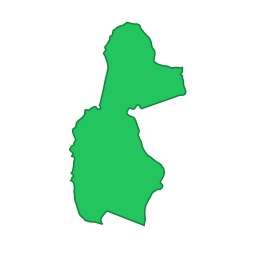 outline of Magdalena, Intibucá, Honduras, rotated 199°
{"feature_id": "27666195B97095820119427", "entity_name": "Magdalena", "entity_type": "district", "adm_level": 2, "iso_a3": "HND", "parent_name": "Honduras", "parent_adm1": "Intibucá", "projection": "mercator", "projection_center": [-88.37, 13.92], "detail": "fine", "context": "isolated", "style": "filled", "palette": "green", "viewbox_px": 256, "rotation_deg": 199, "n_neighbors": 0, "source": "geoboundaries", "source_scale": "gbopen_adm2", "svg_char_len": 5826}
<svg xmlns="http://www.w3.org/2000/svg" viewBox="0 0 256 256"><g transform="rotate(199 128 128)"><path d="M81.0,41.2L81.2,42.1L81.4,42.7L81.5,44.3L81.8,45.9L81.9,47.0L82.8,49.4L83.0,49.5L83.6,50.7L84.8,53.8L85.3,55.8L85.7,57.5L85.9,58.8L86.0,60.1L85.8,62.0L85.6,64.2L85.0,67.9L84.6,69.4L84.1,73.5L83.9,74.0L83.7,74.8L83.5,75.2L83.1,75.7L82.9,76.1L82.3,76.6L81.6,78.0L81.2,78.5L80.9,78.8L80.4,79.2L80.0,79.5L77.6,80.5L76.5,82.3L76.3,83.0L76.2,83.6L76.3,84.1L76.5,84.7L76.9,85.3L77.2,85.6L77.7,85.9L78.2,86.2L78.9,86.4L79.2,86.5L79.6,86.9L79.8,87.5L79.8,88.3L79.1,92.2L78.9,95.0L78.8,96.3L78.9,96.8L79.0,97.4L79.2,98.1L79.5,98.5L80.1,99.3L80.8,100.7L81.2,101.3L81.4,101.5L83.3,102.7L84.6,103.9L85.5,104.2L87.1,104.7L89.5,105.2L91.5,105.7L96.9,107.7L97.7,107.9L99.3,108.3L100.3,108.6L101.0,108.9L104.4,111.1L104.9,111.6L107.2,113.6L108.0,114.4L108.9,115.8L110.4,118.3L111.2,119.5L112.0,120.3L112.9,121.0L113.4,121.4L115.8,124.3L116.1,124.8L116.3,125.5L116.3,125.9L116.2,126.9L116.3,127.7L116.4,128.6L116.5,129.0L116.9,129.6L117.3,130.0L118.3,131.1L119.3,132.6L120.0,133.5L121.5,135.4L122.5,136.7L123.7,137.9L124.8,139.1L125.1,139.2L125.5,139.5L126.2,139.7L126.9,139.8L127.7,139.9L129.3,139.9L130.9,140.1L131.8,140.3L132.5,140.6L133.3,141.2L133.9,141.8L134.2,142.4L134.3,143.1L134.3,143.6L134.1,144.1L133.9,144.6L133.8,146.1L133.6,146.4L133.5,146.7L132.9,147.2L132.6,147.4L132.3,147.5L131.5,147.5L130.3,147.4L129.8,147.4L129.2,147.5L128.8,147.6L128.6,147.8L128.2,148.2L128.0,148.7L127.3,151.4L127.0,152.2L126.7,152.6L126.3,152.9L126.0,153.2L125.6,153.3L125.3,153.3L125.0,153.2L124.5,152.9L124.2,152.6L123.9,152.1L123.3,151.6L122.5,151.1L121.5,150.7L89.5,176.1L88.4,176.4L87.0,176.9L86.5,177.2L86.0,177.6L85.6,177.9L85.4,178.3L85.2,178.7L85.0,179.1L85.0,179.6L85.0,180.1L85.2,180.8L85.3,181.2L85.7,181.9L86.2,182.7L86.7,183.3L87.5,184.2L88.3,185.3L88.9,186.0L89.3,186.6L89.7,187.4L90.1,188.2L90.8,190.3L91.0,190.8L91.3,191.2L91.6,191.6L91.8,191.8L92.2,192.0L92.4,192.2L92.8,193.2L93.3,194.5L93.6,195.1L93.8,195.3L94.1,195.4L94.9,195.4L95.6,195.6L95.8,195.7L95.9,195.9L95.7,196.6L95.0,198.2L95.0,198.9L95.0,199.3L95.5,200.9L95.8,201.8L96.3,202.9L97.2,202.3L98.5,201.8L100.4,201.3L101.0,201.2L101.8,201.1L102.4,200.9L103.6,200.3L104.7,199.6L107.0,198.8L109.4,199.2L110.4,199.2L111.7,199.1L113.2,198.7L114.4,198.5L116.7,198.2L118.6,198.1L120.6,198.2L121.7,198.3L122.8,198.6L124.2,199.0L124.7,199.2L125.0,199.4L125.3,199.8L125.5,200.3L125.7,200.8L126.1,203.9L126.4,205.7L126.7,206.7L127.0,207.5L127.7,209.0L128.1,209.7L128.4,210.1L128.9,210.5L129.2,210.8L129.9,211.0L130.2,211.2L130.9,211.8L131.4,212.3L132.5,213.7L134.0,216.5L135.9,218.8L136.7,219.6L137.6,220.2L138.9,220.9L141.4,222.1L144.0,223.5L145.3,224.4L146.9,225.3L147.5,225.7L148.3,226.3L148.6,226.5L150.1,228.7L150.3,228.8L151.7,229.2L153.0,229.3L153.7,229.2L154.6,228.8L155.3,228.5L157.7,228.0L159.6,227.8L162.3,227.8L162.5,227.7L163.7,227.1L163.9,226.6L166.3,223.3L167.7,222.4L168.8,221.6L169.7,220.8L170.7,219.8L171.4,218.9L171.6,218.6L171.8,218.1L171.9,217.8L172.5,216.9L173.3,216.0L173.6,215.5L173.7,215.2L173.7,214.7L173.6,214.3L173.5,213.5L173.3,212.4L173.3,211.6L173.3,210.6L173.5,210.2L173.7,209.7L174.3,209.3L174.8,208.6L174.2,206.1L174.1,205.4L174.3,204.6L174.2,204.1L174.8,202.5L175.0,200.7L175.2,199.9L175.3,199.4L175.7,198.7L176.0,198.2L176.1,197.6L176.1,197.1L176.1,196.7L175.8,196.2L175.6,196.0L175.0,195.6L174.6,195.2L174.5,194.8L174.7,193.1L175.1,192.5L175.2,192.0L175.3,191.5L175.3,190.4L173.3,188.8L172.2,187.5L170.8,185.5L169.2,183.8L168.2,182.1L166.6,179.1L166.3,177.7L166.0,175.2L165.6,172.5L165.4,169.3L165.1,166.2L164.1,159.1L163.4,153.4L162.2,141.7L162.4,141.5L162.5,141.3L162.5,140.8L162.4,140.5L162.4,140.3L160.4,138.3L160.3,138.1L160.2,137.8L160.3,137.6L160.4,137.4L160.9,137.1L161.1,136.9L161.3,136.6L161.3,136.3L161.5,136.1L161.7,135.9L162.2,135.8L162.7,135.9L163.3,136.1L163.7,136.3L164.5,137.0L165.1,137.4L165.6,137.7L165.9,137.6L167.0,136.9L167.7,136.4L167.9,136.2L169.3,134.5L169.6,134.1L170.0,133.1L170.3,132.7L170.6,132.4L170.9,132.2L171.4,132.0L173.7,131.5L174.1,131.3L174.3,131.2L174.3,130.9L174.3,130.4L174.0,129.2L173.6,127.6L173.5,127.1L173.5,126.3L173.6,125.4L173.8,124.8L175.6,121.4L177.2,119.0L177.6,118.2L177.9,117.6L178.2,116.5L178.3,115.7L177.8,112.7L177.8,112.2L177.8,111.7L178.0,111.3L178.2,110.9L178.5,110.6L178.9,110.2L179.4,109.6L179.7,108.9L179.8,108.3L179.7,107.8L179.4,107.2L179.1,106.6L178.3,105.4L177.3,104.1L174.7,101.2L173.9,100.3L173.7,100.0L173.6,99.5L173.7,99.1L173.7,98.7L174.1,97.7L174.2,96.1L174.2,95.6L174.1,95.4L173.8,95.0L173.8,94.6L173.9,94.3L174.2,93.8L174.5,93.5L175.2,92.8L175.6,92.0L175.7,91.5L175.8,90.2L176.1,89.3L176.1,88.9L176.0,88.6L175.4,88.1L172.1,86.3L171.5,85.9L171.3,85.7L171.3,85.2L171.4,84.7L171.6,84.4L172.0,83.9L172.1,83.6L172.1,83.2L171.9,82.8L171.7,82.8L171.3,82.8L169.9,83.2L169.7,83.2L169.1,82.7L168.8,82.4L168.7,82.1L168.2,80.3L168.2,78.6L168.1,77.8L167.7,76.4L167.3,75.2L167.1,74.1L166.7,72.4L166.4,69.9L166.3,68.9L166.6,68.0L166.9,67.3L167.0,67.0L166.9,66.8L166.8,66.6L166.6,66.5L165.7,66.2L164.4,65.4L163.9,65.0L163.7,64.7L163.8,64.2L164.8,63.1L164.7,62.1L164.5,61.5L164.5,61.3L165.1,59.6L164.4,59.6L163.4,59.5L162.9,59.3L162.3,58.9L161.7,58.6L161.4,58.3L160.8,57.2L160.1,56.3L160.0,56.0L159.9,55.5L159.4,54.7L159.0,53.8L158.7,52.5L158.4,50.7L158.2,50.1L157.8,49.2L157.1,48.2L156.8,47.6L155.6,44.4L155.0,43.1L154.5,42.3L153.9,41.4L151.4,38.4L150.8,37.4L149.3,35.2L148.1,33.8L147.2,32.3L146.9,32.0L146.4,31.6L145.8,30.7L145.0,30.1L143.4,29.2L140.7,28.1L139.2,27.4L139.0,27.1L138.8,26.8L138.6,26.7L134.8,26.9L133.5,27.0L128.1,28.4L122.7,28.6L121.4,28.7L121.2,28.8L121.1,29.0L121.3,29.2L121.7,29.2L122.0,29.4L123.4,31.5L123.8,32.7L124.0,33.3L124.0,33.8L124.0,34.3L123.8,34.9L122.7,38.5L121.6,41.0L120.7,42.8L81.0,41.2Z" fill="#22c55e" stroke="#15803d" stroke-width="1.5"/></g></svg>